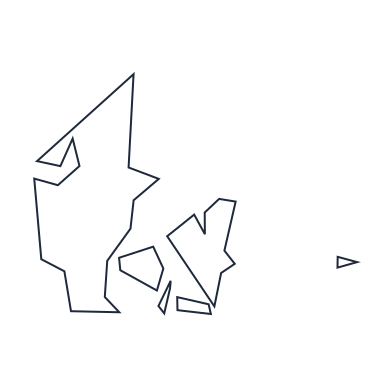 the border of Denmark, rotated 354°
{"feature_id": "DNK", "entity_name": "Denmark", "entity_type": "country or territory", "adm_level": 0, "iso_a3": "DNK", "parent_name": "Europe", "parent_adm1": "", "projection": "mercator", "projection_center": [10.731, 56.183], "detail": "coarse", "context": "isolated", "style": "outline", "palette": "slate", "viewbox_px": 384, "rotation_deg": 354, "n_neighbors": 0, "source": "natural_earth", "source_scale": "50m", "svg_char_len": 748}
<svg xmlns="http://www.w3.org/2000/svg" viewBox="0 0 384 384"><g transform="rotate(354 192 192)"><path d="M107.1,304.0L59.2,297.9L56.8,257.5L35.1,243.1L36.5,162.2L59.3,171.2L82.8,154.4L78.9,126.4L63.8,152.5L41.1,145.1L146.2,68.7L131.5,161.0L160.3,175.5L133.1,194.1L127.0,222.0L100.5,251.6L94.3,287.3L107.1,304.0ZM234.4,206.1L218.1,253.7L227.0,267.9L212.5,275.6L202.3,308.1L162.7,233.4L191.8,214.7L200.4,235.3L202.5,213.7L218.3,201.7L234.4,206.1ZM147.7,242.3L155.5,265.1L146.8,286.3L112.5,262.3L112.6,249.8L147.7,242.3ZM166.3,295.0L196.8,305.4L198.0,315.3L165.2,308.0L166.3,295.0ZM348.9,279.0L328.8,282.4L330.1,271.7L348.9,279.0ZM151.7,309.8L146.7,301.9L161.5,278.1L160.1,285.5L151.7,309.8Z" fill="none" stroke="#1e293b" stroke-width="2"/></g></svg>